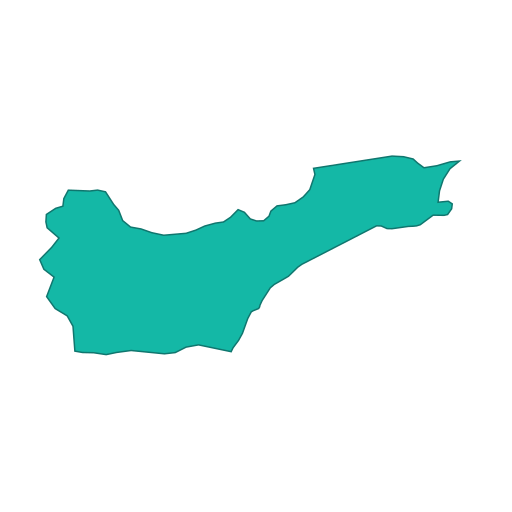 SVG path tracing the border of Pingtung, rotated 262°
{"feature_id": "TWN-1158", "entity_name": "Pingtung", "entity_type": "County", "adm_level": 1, "iso_a3": "TWN", "parent_name": "Taiwan", "parent_adm1": "", "projection": "natural_earth1", "projection_center": [120.7, 22.396], "detail": "fine", "context": "isolated", "style": "filled", "palette": "teal", "viewbox_px": 512, "rotation_deg": 262, "n_neighbors": 0, "source": "natural_earth", "source_scale": "10m", "svg_char_len": 1351}
<svg xmlns="http://www.w3.org/2000/svg" viewBox="0 0 512 512"><g transform="rotate(262 256 256)"><path d="M334.8,325.2L336.0,404.6L333.8,415.9L330.2,425.1L325.6,428.9L320.0,434.6L320.2,447.5L322.2,461.5L321.7,470.7L315.4,460.2L306.0,452.2L295.0,446.8L283.9,443.8L283.5,454.0L280.3,457.6L275.5,456.3L270.4,451.5L270.1,447.9L271.8,437.1L264.1,423.0L263.5,419.2L263.6,416.1L264.1,411.0L264.1,394.5L264.9,389.6L268.3,384.2L269.1,379.6L241.4,300.2L239.1,295.8L231.4,285.3L225.3,270.1L222.5,265.7L211.1,255.9L206.6,253.0L205.1,252.5L203.6,251.3L202.2,245.6L201.3,243.5L195.2,239.1L181.3,231.8L174.9,227.0L168.3,220.5L165.2,218.4L164.7,218.1L176.0,186.7L175.5,174.1L171.6,162.6L171.9,151.7L179.8,119.2L179.9,104.6L179.2,93.9L182.8,81.8L184.6,70.8L187.0,63.4L211.9,65.0L223.0,60.7L231.9,49.8L244.9,43.0L263.2,53.1L272.4,44.1L282.5,41.3L293.0,54.9L301.2,63.4L313.0,53.1L319.0,52.7L326.3,54.2L331.1,64.3L332.2,71.7L339.6,73.7L347.3,79.3L343.5,100.4L343.3,108.3L340.5,115.9L326.9,122.2L320.3,126.4L309.6,128.9L302.1,135.8L298.8,145.9L293.6,156.0L289.4,167.5L288.2,190.0L290.0,200.1L292.8,209.4L294.2,220.3L294.2,228.5L297.9,236.2L304.4,244.7L300.9,250.6L293.5,255.5L290.6,261.4L289.8,268.5L293.6,274.4L298.4,277.0L302.7,283.8L302.6,292.6L303.3,301.9L307.9,311.0L314.2,318.5L328.5,325.7L334.8,325.2Z" fill="#14b8a6" stroke="#0f766e" stroke-width="1.5"/></g></svg>